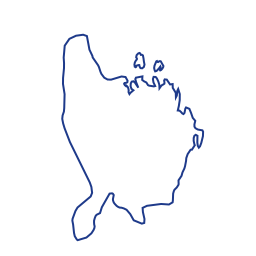 the border of Østfold, rotated 169°
{"feature_id": "NOR-924", "entity_name": "Østfold", "entity_type": "County", "adm_level": 1, "iso_a3": "NOR", "parent_name": "Norway", "parent_adm1": "", "projection": "mercator", "projection_center": [11.13, 59.345], "detail": "fine", "context": "isolated", "style": "outline", "palette": "blue", "viewbox_px": 256, "rotation_deg": 169, "n_neighbors": 0, "source": "natural_earth", "source_scale": "10m", "svg_char_len": 2947}
<svg xmlns="http://www.w3.org/2000/svg" viewBox="0 0 256 256"><g transform="rotate(169 128 128)"><path d="M198.8,27.5L199.5,28.3L200.9,31.9L201.0,35.3L200.3,43.7L200.3,47.7L199.7,49.5L195.4,56.6L192.7,59.6L177.7,67.9L175.6,71.2L175.2,77.1L175.9,81.8L187.7,125.3L190.3,139.9L190.8,144.9L190.8,149.5L189.8,152.8L187.8,156.3L186.8,159.7L183.8,173.3L183.4,183.7L182.2,189.5L179.4,199.0L178.4,203.9L177.7,209.4L174.4,220.9L168.5,226.7L161.4,228.5L154.2,228.1L150.8,226.1L150.9,212.2L149.2,205.6L149.2,204.0L145.4,195.3L144.9,193.4L144.3,188.5L143.8,186.2L141.7,181.9L138.8,179.5L135.4,178.7L124.5,179.8L120.7,178.5L119.4,174.5L119.9,173.1L120.8,172.7L122.8,172.8L123.4,172.1L122.9,170.6L122.0,169.5L121.6,170.0L120.8,169.0L120.3,167.9L120.1,166.3L120.2,164.5L120.5,163.7L120.6,162.9L120.1,161.0L119.0,162.0L115.5,164.0L117.1,165.7L117.5,168.4L116.8,171.2L115.5,172.8L113.7,172.8L112.4,171.0L110.2,165.6L111.3,171.5L111.5,174.6L110.6,175.9L104.0,175.9L104.9,172.5L103.4,170.8L101.3,169.2L100.2,166.3L99.3,165.6L94.7,163.9L93.3,164.0L94.3,167.9L94.2,171.3L93.1,173.3L91.1,172.8L90.2,171.2L89.4,168.1L89.0,164.5L89.5,161.0L87.4,163.0L86.2,163.7L85.0,164.0L83.8,164.6L83.5,166.0L83.5,167.6L82.7,168.7L80.7,168.1L78.4,162.7L75.8,162.6L76.4,158.9L74.4,153.4L75.1,149.0L73.9,150.5L72.5,155.1L71.3,156.7L70.7,151.4L71.9,145.5L73.9,139.9L75.8,135.7L74.1,135.2L72.9,133.6L71.9,131.9L70.9,131.1L69.7,132.0L68.0,136.1L67.1,137.1L64.1,135.1L63.2,130.6L62.5,125.6L60.6,122.2L62.1,118.9L62.5,116.6L61.8,114.9L59.8,113.2L55.4,111.5L55.0,110.0L56.0,105.7L58.9,99.4L60.8,96.3L62.2,95.2L62.9,97.2L62.7,100.6L61.3,107.1L62.8,108.4L64.3,107.7L65.4,105.7L66.0,102.8L65.9,99.0L65.7,98.4L69.4,94.5L70.3,94.7L70.7,94.7L74.4,91.0L76.5,87.4L77.3,84.6L79.3,79.6L80.4,77.5L83.0,74.0L84.6,70.8L88.4,67.0L89.0,63.3L89.3,62.6L91.5,60.3L94.2,58.5L95.1,57.2L96.2,55.0L97.8,48.2L98.4,46.5L102.4,45.1L110.0,47.1L124.2,48.0L128.9,46.8L129.4,42.6L129.2,35.5L130.2,31.7L132.7,31.5L140.0,36.3L142.2,43.0L145.0,48.0L147.5,49.9L149.6,51.0L151.4,51.5L152.7,52.4L154.0,53.7L155.5,56.1L156.2,57.6L156.5,59.6L156.4,61.0L154.8,64.9L155.4,66.4L156.1,66.9L158.6,67.1L168.8,55.2L171.7,49.8L175.4,48.8L176.6,47.8L177.8,45.9L179.0,43.5L179.4,41.5L179.6,39.6L179.5,37.9L180.1,36.2L181.3,34.4L184.0,31.6L189.7,28.4L198.8,27.5ZM108.3,186.5L108.9,186.2L109.7,186.9L109.6,189.0L108.8,191.0L107.6,192.5L106.2,193.7L106.0,194.5L106.5,195.9L105.6,197.9L103.8,199.2L102.5,199.5L101.9,199.0L101.7,198.2L101.4,197.3L100.5,197.3L99.5,196.4L99.5,193.5L99.7,190.2L99.7,187.1L100.8,184.9L102.7,183.9L104.3,184.4L104.9,186.1L104.9,187.6L105.7,187.8L108.3,187.5L108.2,186.9L108.3,186.5ZM90.5,178.4L90.8,179.5L90.9,181.9L90.1,184.1L87.5,188.0L86.8,188.2L86.5,187.3L85.9,187.0L84.4,187.6L83.2,187.3L82.8,186.3L82.4,185.0L81.4,182.1L81.8,181.1L82.9,179.8L84.3,178.7L85.4,178.4L85.7,179.1L85.4,180.1L84.7,180.7L84.4,181.5L84.5,182.2L86.2,180.6L89.0,178.6L90.5,178.4Z" fill="none" stroke="#1e3a8a" stroke-width="2"/></g></svg>